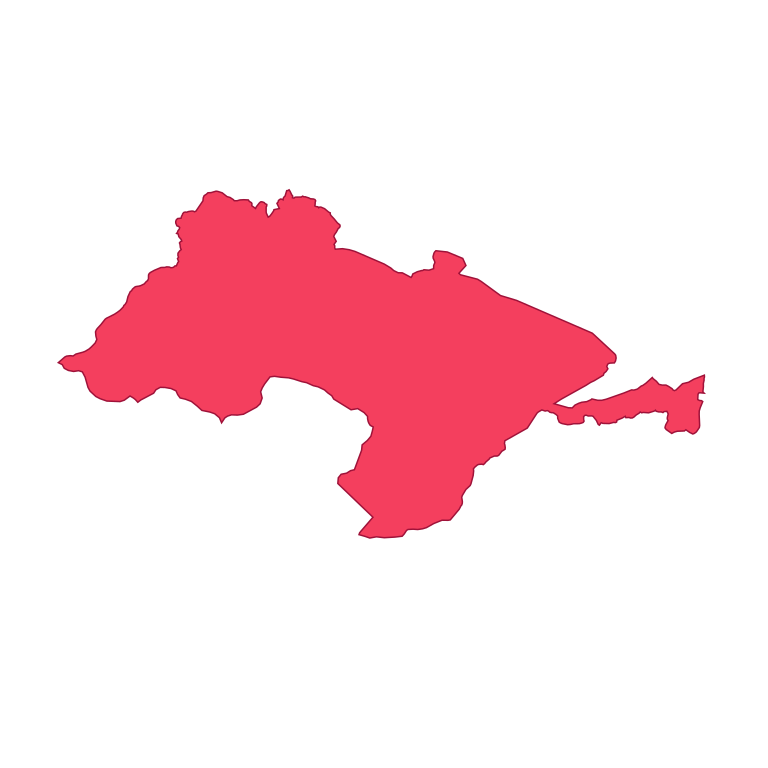 the district of Aldai, Rift Valley, Kenya, rotated 205°
{"feature_id": "3690345B36924206491537", "entity_name": "Aldai", "entity_type": "district", "adm_level": 2, "iso_a3": "KEN", "parent_name": "Kenya", "parent_adm1": "Rift Valley", "projection": "mercator", "projection_center": [34.935, 0.06], "detail": "fine", "context": "isolated", "style": "filled", "palette": "rose", "viewbox_px": 768, "rotation_deg": 205, "n_neighbors": 0, "source": "geoboundaries", "source_scale": "gbopen_adm2", "svg_char_len": 6144}
<svg xmlns="http://www.w3.org/2000/svg" viewBox="0 0 768 768"><g transform="rotate(205 384 384)"><path d="M688.2,265.7L683.8,265.6L680.4,263.1L675.8,262.9L670.6,264.2L666.4,267.0L662.5,267.5L657.8,263.9L650.8,255.8L647.4,253.3L639.9,250.9L635.1,250.7L628.0,251.4L615.8,256.5L612.5,259.6L609.1,265.8L605.1,265.4L602.7,264.8L599.4,263.4L597.7,266.7L588.9,278.3L588.3,282.4L585.4,286.4L581.0,288.3L575.1,289.9L569.6,289.9L566.5,287.2L562.9,285.2L557.6,286.3L551.2,286.8L543.8,285.0L537.9,283.1L529.9,285.0L524.9,285.5L518.9,283.9L514.8,280.2L513.9,286.1L512.2,288.8L509.2,291.6L503.7,293.9L498.6,297.2L489.7,309.2L487.9,313.7L488.5,319.8L492.5,324.8L492.7,329.1L492.2,333.7L490.3,342.3L486.5,344.7L480.2,346.6L473.0,349.3L468.1,350.3L459.4,351.4L454.7,352.5L447.4,352.6L442.5,353.6L435.4,353.5L431.2,352.2L426.4,351.3L423.2,349.1L403.0,346.7L397.4,350.6L390.0,349.7L385.2,347.7L384.2,345.6L382.4,343.2L380.9,341.9L379.0,340.7L375.6,340.5L374.6,336.0L373.8,331.1L375.2,325.8L378.1,319.6L376.3,314.5L374.6,293.8L377.7,291.3L380.2,287.4L384.7,284.1L385.8,279.7L383.8,274.3L337.7,258.6L342.8,240.5L343.2,238.8L343.0,236.9L336.7,237.9L331.8,238.4L326.3,242.3L318.8,244.8L309.2,250.0L303.2,253.7L302.3,256.6L301.7,260.8L300.8,262.3L296.3,264.7L291.9,266.4L287.8,269.1L284.8,271.8L279.9,278.6L273.8,285.1L268.4,287.5L266.5,288.8L262.9,302.4L262.8,305.9L262.4,307.3L262.7,309.2L263.4,310.8L265.7,314.2L265.9,316.1L265.2,323.0L263.0,328.4L263.0,330.3L264.5,338.7L266.0,343.1L267.1,344.9L266.6,346.9L265.1,350.2L264.1,351.2L261.4,352.7L259.9,352.9L259.2,354.4L258.7,356.4L256.9,360.5L256.8,361.7L253.6,365.3L250.9,366.6L249.9,367.8L248.8,372.8L246.7,376.0L247.2,377.5L248.7,379.9L249.6,380.8L250.5,383.6L235.5,404.6L233.0,422.3L232.3,423.9L230.0,427.2L226.5,427.6L224.8,428.9L223.4,429.0L221.8,428.5L220.1,428.8L218.5,429.5L215.3,429.1L213.2,428.5L212.0,426.2L209.1,423.5L207.3,423.3L205.8,423.4L200.4,424.7L198.1,426.0L195.4,428.1L190.2,430.6L188.3,432.2L187.2,433.4L187.0,434.9L188.1,436.3L189.3,438.9L188.6,440.6L187.5,441.2L185.4,441.3L182.5,442.8L180.9,443.1L176.1,440.7L172.8,437.9L171.4,437.7L170.8,440.7L169.0,440.8L163.2,443.3L159.7,446.2L157.8,446.9L157.1,447.9L157.6,449.6L153.8,453.7L151.7,456.7L150.6,455.7L147.8,457.2L146.3,457.3L144.7,458.1L143.6,459.5L142.3,462.6L140.5,465.3L140.0,466.9L138.3,466.8L137.0,467.8L132.0,469.7L127.7,473.6L126.9,475.0L125.9,474.3L123.2,474.8L120.8,475.9L119.1,476.0L118.6,477.3L116.1,478.8L113.8,477.0L113.1,473.4L112.5,472.0L111.1,470.9L111.4,466.3L111.2,464.5L110.8,463.0L109.0,462.0L102.3,460.8L100.5,463.2L98.1,465.2L91.9,468.4L91.1,470.1L86.5,469.3L83.0,469.2L82.0,470.2L80.9,472.0L80.5,473.4L79.8,477.8L80.4,479.8L85.5,489.6L86.9,492.8L87.4,496.2L87.7,502.8L89.2,503.1L91.1,502.4L93.1,502.5L95.1,507.5L94.7,509.3L90.0,511.0L91.7,511.7L93.4,516.6L94.8,519.5L95.5,522.7L96.3,524.3L96.5,525.8L97.4,527.4L105.3,519.2L108.7,514.3L113.6,510.4L116.8,502.0L118.0,500.7L119.4,500.7L120.9,501.5L125.0,502.1L128.0,502.2L131.3,500.6L134.6,499.9L138.3,501.6L142.4,502.6L143.6,503.3L147.0,495.3L148.9,492.0L150.0,490.9L152.2,486.5L154.9,484.1L157.1,483.3L162.9,477.1L176.2,464.1L179.7,461.3L183.3,459.6L189.3,458.3L189.8,457.2L192.8,453.7L197.1,451.0L199.4,448.8L202.0,445.6L203.3,441.9L206.8,440.4L221.5,438.0L216.8,445.4L200.4,468.1L197.4,472.8L194.9,475.8L188.9,484.7L189.2,486.6L188.0,489.2L187.5,492.4L189.5,494.0L189.6,496.1L189.3,497.3L187.9,498.5L184.1,500.5L183.9,502.7L184.6,505.6L186.2,508.0L187.7,508.8L216.7,518.1L299.1,515.8L315.8,513.4L339.1,518.0L343.5,518.5L360.9,515.3L362.9,516.0L359.8,526.0L365.7,531.1L382.4,530.4L393.3,526.7L393.9,525.0L394.0,523.6L393.4,520.2L392.6,518.8L390.2,516.8L389.2,515.6L389.1,512.5L387.8,509.5L391.3,506.2L396.1,504.4L396.9,503.2L398.0,502.6L401.3,499.8L404.4,495.9L404.2,493.5L404.5,492.0L414.3,492.5L418.2,490.8L423.1,490.9L426.8,492.0L434.5,492.8L466.3,491.9L472.3,491.0L478.8,489.1L485.1,485.6L486.3,486.7L486.9,488.3L488.3,489.4L487.6,493.1L491.9,496.5L492.0,498.4L491.4,501.6L491.2,505.6L490.4,507.0L490.5,508.6L491.3,509.6L494.3,510.3L498.8,512.5L503.3,514.3L504.5,515.2L505.0,516.4L506.8,516.4L511.9,517.8L515.7,517.7L516.9,517.3L517.7,516.1L518.8,516.7L520.5,516.1L522.0,516.2L522.4,517.9L523.2,519.7L523.3,521.1L524.5,522.0L526.0,521.9L529.0,520.8L530.8,520.9L534.5,520.4L535.7,519.8L537.1,519.9L538.0,518.5L543.5,515.8L544.2,514.4L545.7,514.1L546.1,515.7L547.6,516.5L550.5,518.9L552.1,519.9L552.8,518.8L553.9,518.1L553.1,512.5L553.6,511.4L553.8,510.0L553.3,508.3L554.8,508.3L556.1,507.8L557.2,505.8L556.9,504.0L557.4,502.5L553.0,498.8L557.4,495.5L557.2,494.2L557.8,490.5L558.5,487.7L559.5,486.3L562.9,489.2L563.6,490.3L565.6,494.6L565.5,495.8L566.1,497.2L567.9,497.2L569.3,497.8L570.6,497.7L571.8,497.5L572.9,496.8L573.5,495.3L574.6,490.7L574.6,488.8L579.2,489.7L579.8,491.5L580.7,492.3L583.3,492.6L584.7,493.5L588.9,491.8L592.4,489.9L594.6,488.0L597.2,486.8L598.3,487.4L602.3,488.0L605.5,487.5L611.4,488.9L616.1,488.3L617.7,487.8L621.6,484.4L624.4,482.9L625.2,480.9L626.6,478.7L626.5,476.3L625.5,473.5L627.5,461.2L628.5,460.0L630.1,460.0L631.5,459.4L634.2,457.6L635.4,456.3L636.9,455.8L638.0,454.8L638.4,453.1L638.2,451.8L638.4,450.5L638.0,448.5L640.9,446.8L641.6,445.2L641.5,443.4L640.8,441.9L638.5,439.8L636.8,440.0L635.3,439.5L635.0,437.9L635.5,435.8L635.3,434.2L635.6,432.8L634.0,433.0L632.2,430.8L628.6,429.1L627.7,428.0L628.6,427.1L629.0,425.4L627.9,424.3L626.1,421.4L624.6,420.1L625.4,418.4L626.0,415.5L625.1,413.4L623.8,412.1L624.2,410.4L621.9,408.2L622.2,406.8L622.1,403.4L623.4,402.6L624.1,400.8L625.2,399.9L626.4,399.3L627.9,399.3L629.3,398.8L630.6,398.2L632.0,397.0L635.3,395.4L640.1,390.1L642.9,386.3L643.5,384.8L643.5,383.3L641.9,379.7L642.0,377.7L642.7,376.5L643.6,373.4L646.0,370.4L647.4,369.2L650.0,367.5L650.8,366.6L652.1,363.6L652.2,361.8L653.0,360.6L653.0,355.1L651.9,349.6L652.3,346.5L652.9,345.4L652.9,343.5L654.4,339.2L656.0,336.2L657.8,333.3L663.2,326.5L664.1,324.9L665.7,318.1L667.3,313.2L667.6,311.3L667.5,309.3L665.3,305.6L663.1,303.0L663.1,299.1L664.9,293.9L666.1,291.1L668.5,287.5L670.2,285.7L675.9,280.9L677.6,278.0L680.3,277.1L683.5,275.1L684.7,273.6L688.2,265.7Z" fill="#f43f5e" stroke="#9f1239" stroke-width="1.5"/></g></svg>